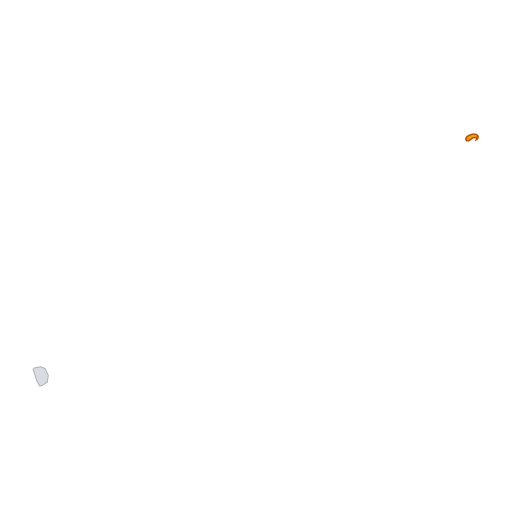 location of Palmerston within Cook Islands, rotated 61°
{"feature_id": "COK-4956", "entity_name": "Palmerston", "entity_type": "state/province", "adm_level": 1, "iso_a3": "COK", "parent_name": "Cook Islands", "parent_adm1": "", "projection": "robinson", "projection_center": [-159.781, -18.858], "detail": "fine", "context": "in_parent", "style": "filled", "palette": "amber", "viewbox_px": 512, "rotation_deg": 61, "n_neighbors": 0, "source": "natural_earth", "source_scale": "10m", "svg_char_len": 539}
<svg xmlns="http://www.w3.org/2000/svg" viewBox="0 0 512 512"><g transform="rotate(61 256 256)"><path d="M264.9,508.2L259.1,508.3L251.8,506.7L247.0,505.9L246.5,504.0L248.4,498.1L252.2,495.1L259.8,495.6L265.1,499.7L265.5,506.4L264.9,508.2Z" fill="#d9dde1" stroke="#a8b0b8" stroke-width="1"/><path d="M256.8,4.1L259.1,3.7L261.0,5.4L261.1,7.1L260.5,6.4L260.2,5.0L259.6,4.8L257.9,8.7L257.8,9.4L258.4,14.0L257.2,16.0L255.3,15.9L254.0,14.0L253.7,11.4L254.5,7.4L255.2,6.0L256.8,4.1Z" fill="#f59e0b" stroke="#b45309" stroke-width="1.5"/></g></svg>